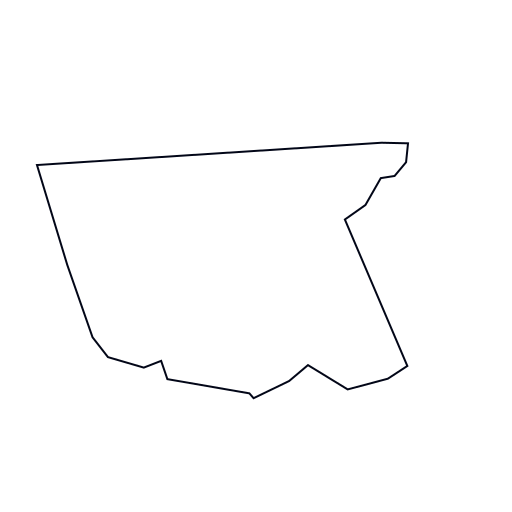 Nottoway, Virginia, United States of America (Mercator projection), rotated 340°
{"feature_id": "52423323B59431462961451", "entity_name": "Nottoway", "entity_type": "district", "adm_level": 2, "iso_a3": "USA", "parent_name": "United States of America", "parent_adm1": "Virginia", "projection": "mercator", "projection_center": [-78.009, 37.14], "detail": "fine", "context": "isolated", "style": "outline", "palette": "ink", "viewbox_px": 512, "rotation_deg": 340, "n_neighbors": 0, "source": "geoboundaries", "source_scale": "gbopen_adm2", "svg_char_len": 425}
<svg xmlns="http://www.w3.org/2000/svg" viewBox="0 0 512 512"><g transform="rotate(340 256 256)"><path d="M360.6,411.1L352.0,252.1L376.3,245.5L399.9,225.5L413.6,228.2L429.1,219.2L437.4,202.1L412.7,192.5L81.3,95.6L75.6,199.8L74.6,276.5L82.3,300.4L112.4,322.5L131.0,322.1L130.6,341.4L202.8,382.8L205.1,388.8L244.4,384.8L267.5,376.3L296.5,412.7L337.9,416.4L360.6,411.1Z" fill="none" stroke="#020617" stroke-width="2"/></g></svg>